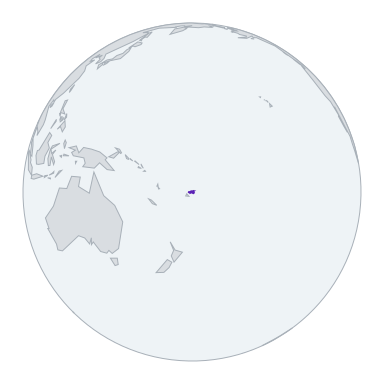 Northern on an orthographic globe, rotated 7°
{"feature_id": "FJI-2619", "entity_name": "Northern", "entity_type": "Division", "adm_level": 1, "iso_a3": "FJI", "parent_name": "Fiji", "parent_adm1": "", "projection": "orthographic", "projection_center": [179.45, -16.564], "detail": "medium", "context": "on_globe", "style": "filled", "palette": "violet", "viewbox_px": 384, "rotation_deg": 7, "n_neighbors": 0, "source": "natural_earth", "source_scale": "10m", "svg_char_len": 7000}
<svg xmlns="http://www.w3.org/2000/svg" viewBox="0 0 384 384"><g transform="rotate(7 192 192)"><circle cx="192" cy="192" r="169" fill="#eef3f6" stroke="#a8b0b8"/><path d="M193.6,190.5L193.8,191.8L193.6,192.0L193.6,190.5ZM353.9,143.6L348.3,130.9L345.5,125.1L342.1,117.5L323.0,89.9L339.0,113.9L334.6,108.1L328.1,99.0L328.0,97.6L318.5,85.5L312.3,80.2L299.0,66.8L285.2,53.3L289.5,56.0L285.7,52.9L280.1,49.5L277.4,48.2L256.7,37.0L237.3,31.0L233.8,31.3L232.5,29.9L227.6,32.8L218.7,33.3L227.2,31.5L226.8,30.5L220.0,29.9L218.2,28.9L213.8,28.2L212.2,27.1L217.3,26.7L216.3,26.2L211.6,25.9L207.0,25.1L214.1,25.5L206.8,24.2L213.9,24.5L221.2,25.6L233.6,28.2L245.8,31.8L257.7,36.3L269.2,41.7L280.2,47.9L290.8,54.9L300.8,62.7L310.2,71.3L318.9,80.5L326.9,90.3L334.2,100.7L340.6,111.7L346.2,123.0L346.9,124.5L348.5,128.4L353.9,143.6ZM290.6,329.2L287.4,331.4L288.4,330.7L288.0,331.0L286.0,332.3L291.6,328.0L299.8,321.8L302.7,319.6L304.1,318.3L308.3,314.6L290.6,329.2ZM310.2,312.7L310.3,312.7L310.2,312.7ZM259.2,98.2L258.2,94.8L261.2,97.0L259.2,98.2ZM256.0,92.8L256.7,93.9L255.8,93.0L256.0,92.8ZM254.3,92.1L255.5,92.6L254.2,92.4L254.3,92.1ZM252.0,91.7L253.2,91.8L252.0,91.7ZM248.4,89.9L247.5,89.4L248.5,89.2L248.4,89.9ZM276.4,47.9L280.2,49.7L285.9,53.3L283.0,51.9L276.4,47.9ZM265.3,42.0L266.5,42.2L270.6,44.8L268.6,43.9L265.3,42.0ZM231.7,32.2L235.1,32.6L232.4,32.6L231.7,32.2ZM213.5,28.3L213.1,28.6L211.0,28.1L213.5,28.3ZM206.7,26.3L203.4,25.7L207.6,26.1L206.7,26.3ZM202.1,25.3L194.2,24.4L192.7,24.9L192.6,23.6L199.3,24.4L204.7,24.8L201.8,24.9L202.1,25.3ZM193.8,23.2L192.6,23.1L194.8,23.2L193.8,23.2ZM280.1,336.1L290.2,329.0L285.5,332.5L287.1,331.6L282.8,334.5L280.1,336.1ZM168.8,24.6L172.6,24.2L173.2,24.3L181.5,23.9L182.9,23.7L183.0,23.5L192.6,23.6L192.7,24.9L189.4,25.1L191.7,26.2L183.9,26.7L178.6,28.1L168.7,28.7L165.4,30.1L166.7,30.5L163.0,33.1L151.0,38.2L155.0,32.3L171.9,26.8L164.5,28.6L164.5,27.9L160.8,28.5L155.7,30.1L156.2,30.5L139.4,33.4L123.8,39.9L129.1,38.9L128.2,40.7L115.1,49.9L89.8,65.6L88.4,70.2L85.5,73.8L80.7,76.6L84.7,71.4L83.4,70.2L86.4,67.1L80.0,70.7L84.0,66.5L77.0,71.8L75.2,74.7L79.4,72.7L71.6,79.7L70.7,84.9L66.1,92.8L52.5,109.5L45.5,116.6L44.1,119.5L43.6,117.5L39.5,124.4L37.5,138.5L36.3,143.3L31.2,154.9L31.7,151.3L30.5,145.8L27.7,157.9L28.5,165.2L28.7,176.1L26.9,174.2L27.0,164.9L26.6,162.7L28.6,152.2L31.8,138.7L30.3,143.1L34.1,131.7L38.8,120.7L44.3,110.0L50.5,99.7L57.4,89.8L65.1,80.5L73.3,71.8L82.2,63.6L91.6,56.1L101.5,49.3L111.9,43.2L122.7,37.9L133.8,33.4L145.2,29.6L156.9,26.7L168.8,24.6ZM87.9,325.1L88.8,325.8L89.8,326.6L87.9,325.1ZM47.0,195.5L49.8,195.4L49.9,196.2L47.0,195.5ZM43.9,193.7L46.9,192.9L43.7,195.6L43.9,193.7ZM48.1,192.7L51.1,190.2L52.4,188.5L52.4,190.2L48.1,192.7ZM42.1,194.5L33.5,198.5L30.7,198.2L30.9,194.9L35.6,192.8L42.1,194.5ZM30.7,195.0L26.9,189.9L24.7,171.7L25.4,170.5L28.3,179.7L28.1,182.4L30.4,186.9L30.7,195.0ZM41.7,174.3L41.4,181.7L36.3,183.3L34.2,183.2L32.7,174.7L33.5,169.7L35.1,169.0L43.5,150.3L45.9,153.0L42.9,160.4L45.0,165.7L41.7,174.3ZM48.5,138.5L44.0,146.3L48.6,136.4L48.5,138.5ZM52.2,129.7L51.7,132.9L51.0,130.2L52.2,129.7ZM42.5,123.9L40.7,125.6L41.4,123.4L44.2,119.9L42.5,123.9ZM62.5,99.7L59.5,105.9L58.1,108.2L58.8,104.8L62.5,99.7ZM175.7,262.1L180.6,264.1L178.5,269.7L173.9,275.2L166.2,276.4L175.7,262.1ZM124.6,274.4L119.1,267.6L125.9,266.8L127.6,273.0L124.6,274.4ZM179.2,258.0L180.9,252.2L176.4,244.1L182.3,251.7L189.8,252.9L182.7,263.8L179.2,258.0ZM84.7,249.2L70.6,266.2L65.9,265.8L63.9,260.2L53.3,245.8L54.5,245.6L49.7,235.6L56.2,222.9L59.9,204.2L67.3,203.8L70.6,191.1L79.3,190.8L78.7,200.4L90.2,205.7L92.2,184.1L104.8,206.4L116.9,214.7L126.9,230.1L126.0,257.1L120.3,262.7L116.6,260.1L114.9,263.1L108.6,262.2L100.1,253.6L98.6,256.5L97.7,249.7L96.7,256.0L91.1,250.7L84.7,249.2ZM149.8,204.1L152.6,204.9L158.6,209.5L154.1,208.4L149.8,204.1ZM187.0,194.4L189.5,196.7L186.2,196.7L187.0,194.4ZM193.6,192.0L189.6,192.2L193.6,190.5L193.6,192.0ZM157.6,191.1L159.4,192.7L158.5,193.1L157.6,191.1ZM156.4,190.5L157.1,188.3L157.7,190.6L156.4,190.5ZM141.4,177.3L142.5,176.3L143.3,177.2L141.4,177.3ZM54.2,194.3L57.6,187.4L60.1,186.4L54.2,194.3ZM138.9,174.8L135.5,174.4L135.7,173.3L138.9,174.8ZM138.6,172.0L137.9,170.3L140.8,174.4L138.6,172.0ZM131.7,168.1L136.1,171.2L131.3,168.4L131.7,168.1ZM129.5,168.4L126.6,167.0L126.7,166.5L129.5,168.4ZM101.9,170.6L112.1,180.2L105.0,180.1L96.7,174.3L92.1,180.2L80.5,180.2L82.5,176.5L80.5,171.3L69.8,170.5L67.7,167.4L71.1,164.7L64.6,163.0L71.6,160.4L74.9,166.9L79.0,161.0L87.0,161.7L95.6,163.5L103.5,168.5L101.9,170.6ZM72.5,175.7L73.8,175.5L72.9,177.8L72.5,175.7ZM121.1,163.0L125.3,166.5L124.9,167.4L123.0,166.8L121.1,163.0ZM105.1,167.2L113.1,161.3L115.2,161.4L110.1,168.0L105.1,167.2ZM110.7,157.6L114.9,158.4L117.3,161.7L116.5,162.5L110.7,157.6ZM58.2,171.5L58.1,173.5L56.5,172.3L58.2,171.5ZM60.3,170.0L65.5,171.1L59.9,171.7L60.3,170.0ZM46.8,166.7L48.0,170.8L51.8,166.9L48.9,171.8L51.9,178.6L51.3,181.7L48.1,174.3L47.8,182.9L46.2,183.3L44.9,176.4L46.2,167.2L47.9,163.2L55.0,159.8L46.8,166.7ZM60.1,164.5L58.8,159.5L59.8,155.9L61.2,158.3L60.1,164.5ZM55.9,148.1L53.5,143.1L50.6,146.1L57.2,136.7L58.3,142.9L55.9,148.1ZM55.0,136.2L52.2,138.9L55.6,133.6L55.0,136.2ZM51.9,137.2L52.5,133.3L54.2,133.3L51.9,137.2ZM56.3,136.1L58.2,129.4L58.4,133.0L56.3,136.1ZM53.8,125.1L56.3,130.1L51.7,129.0L55.0,116.9L57.3,115.9L53.8,125.1ZM89.0,76.6L90.4,73.8L93.5,72.8L91.6,74.9L89.0,76.6ZM104.7,68.3L94.7,71.7L87.0,75.2L87.8,76.2L83.1,81.3L83.8,77.2L91.6,71.3L96.9,69.6L100.8,65.7L106.6,62.8L110.2,58.5L113.8,56.5L112.2,60.1L104.7,68.3ZM111.6,56.7L120.0,49.6L124.3,50.2L123.4,51.9L117.7,54.8L115.8,54.3L111.6,56.7ZM123.3,48.2L121.5,47.8L130.2,39.4L133.0,37.9L128.7,43.9L126.8,43.9L124.0,46.1L123.3,48.2ZM191.3,23.2L192.5,23.1L191.3,23.2Z" fill="#d9dde1" stroke="#a8b0b8" stroke-width="1"/><path d="M193.6,190.8L193.3,191.0L192.8,191.7L192.4,191.9L192.3,192.2L192.1,192.4L192.1,192.5L192.3,192.6L192.6,192.3L192.9,192.0L193.4,191.7L193.4,191.8L193.2,192.2L193.1,192.3L193.3,192.5L193.2,192.6L192.8,192.5L192.6,192.6L192.4,192.7L192.0,192.7L191.6,192.7L191.5,192.4L191.2,192.5L190.9,192.7L190.8,193.0L190.9,192.9L190.8,193.1L190.6,193.0L190.5,192.8L190.4,192.9L190.2,193.0L190.0,193.3L189.9,193.2L189.7,192.8L189.7,192.7L189.4,192.7L189.5,192.4L189.4,192.2L189.5,192.2L189.9,192.3L190.1,192.1L190.3,191.9L190.3,192.0L190.4,191.9L190.4,192.0L190.5,191.8L190.5,191.7L191.2,191.6L191.4,191.5L191.7,191.5L191.9,191.5L191.8,191.4L192.0,191.3L192.1,191.1L192.3,191.1L192.5,191.1L192.9,190.9L192.9,191.0L193.1,190.9L193.1,191.0L193.3,190.9L193.5,190.8L193.6,190.8ZM193.6,192.7L193.8,192.4L194.1,192.6L193.9,192.9L193.7,193.0L193.6,192.7ZM193.6,193.2L193.4,193.3L193.2,193.2L193.6,192.7L193.6,193.2ZM193.6,191.8L193.7,191.7L193.8,191.6L193.7,191.7L193.8,191.8L193.7,191.9L193.6,191.8ZM188.9,192.7L188.9,192.8L188.7,192.8L188.7,192.7L188.9,192.7ZM193.6,190.8L193.6,190.7L193.6,190.8L193.6,190.8ZM193.4,192.2L193.2,192.3L193.4,192.1L193.4,192.2ZM191.7,191.3L191.8,191.3L191.7,191.3L191.7,191.3Z" fill="#8b5cf6" stroke="#5b21b6" stroke-width="1.5"/></g></svg>